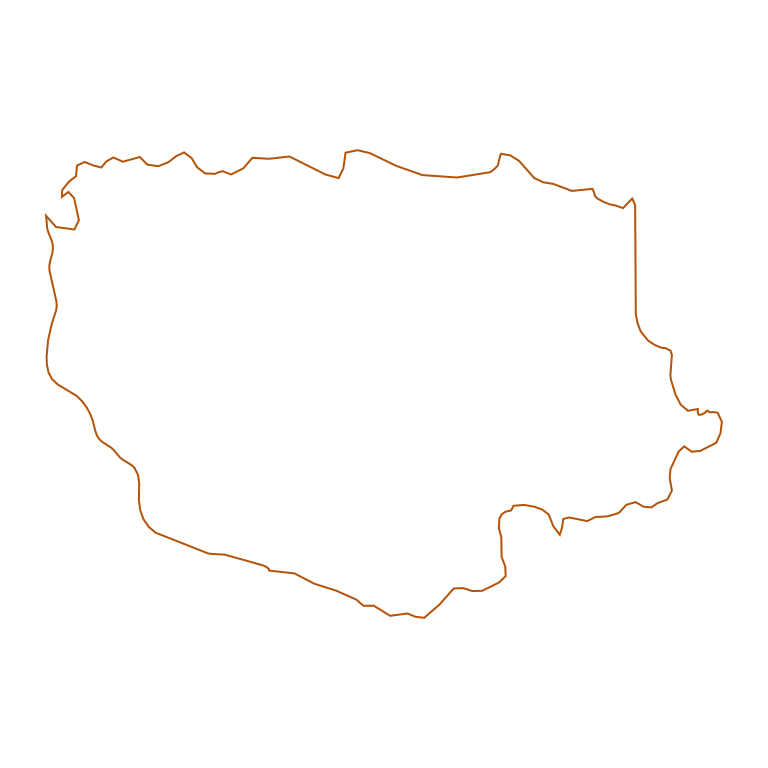 Savannakhét, Robinson projection
{"feature_id": "LAO-3282", "entity_name": "Savannakhét", "entity_type": "Province", "adm_level": 1, "iso_a3": "LAO", "parent_name": "Laos", "parent_adm1": "", "projection": "robinson", "projection_center": [105.728, 16.499], "detail": "fine", "context": "isolated", "style": "outline", "palette": "amber", "viewbox_px": 768, "rotation_deg": 0, "n_neighbors": 0, "source": "natural_earth", "source_scale": "10m", "svg_char_len": 2461}
<svg xmlns="http://www.w3.org/2000/svg" viewBox="0 0 768 768"><path d="M49.8,262.9L50.0,261.8L52.3,253.2L52.9,248.9L52.7,244.3L51.5,240.2L48.3,232.3L47.2,228.2L46.1,215.8L56.0,227.0L74.4,229.5L78.9,220.1L74.1,198.1L68.4,191.9L61.9,196.9L62.2,190.1L69.1,181.5L76.0,176.2L77.1,165.5L84.7,162.0L93.2,165.4L101.2,167.5L106.5,161.3L113.4,157.5L122.8,161.7L139.9,157.0L147.2,164.6L158.3,166.2L168.4,162.2L176.1,156.2L184.1,152.4L191.6,158.1L197.1,167.2L205.0,173.4L214.8,173.9L218.7,172.2L222.7,171.2L231.0,174.5L243.3,168.4L252.4,157.8L269.1,158.8L289.4,156.5L325.4,174.5L338.6,178.1L343.4,168.3L345.5,152.7L357.4,150.2L369.9,153.1L396.1,165.8L422.5,175.1L457.1,177.5L490.2,172.2L494.3,169.1L497.9,165.5L499.1,159.6L500.9,153.8L510.1,155.3L519.0,160.8L534.1,177.9L543.2,182.3L553.2,183.9L571.8,190.9L592.4,188.9L592.5,188.9L594.0,192.4L594.9,196.0L597.8,198.7L603.4,201.8L609.8,204.4L615.5,205.5L623.1,208.1L632.2,198.5L635.1,204.8L635.2,213.1L635.8,314.1L637.6,323.3L640.7,331.4L648.1,340.6L654.4,344.8L661.1,347.7L665.5,348.1L670.5,350.7L671.9,355.0L670.4,375.3L670.9,379.6L675.5,394.5L680.6,404.5L688.0,410.8L697.8,409.0L697.8,413.1L698.8,414.8L701.0,414.7L704.3,413.2L707.3,410.6L709.6,412.3L713.7,412.1L717.7,412.8L721.9,421.9L720.5,433.2L716.3,442.7L700.3,450.9L691.7,451.7L684.2,446.4L678.7,451.5L670.5,469.1L669.7,478.1L671.9,490.6L667.4,499.5L657.4,503.2L651.5,507.4L643.5,506.7L635.6,502.1L626.4,504.8L618.8,513.0L607.3,516.4L595.5,517.0L587.2,521.1L569.2,517.5L563.3,518.9L562.0,527.8L559.8,534.8L553.3,526.2L548.7,514.4L542.1,509.5L534.3,506.7L523.9,504.9L513.5,505.8L512.4,508.1L511.0,510.5L505.4,511.7L501.8,514.3L499.4,518.5L498.9,528.3L501.3,537.5L501.6,556.9L505.2,566.4L505.7,576.0L499.2,582.4L482.2,590.8L472.5,591.1L463.2,588.1L453.7,588.5L439.5,604.5L424.2,617.8L415.6,616.8L407.4,613.5L390.1,615.8L373.7,605.7L363.6,605.8L360.1,603.0L356.9,599.9L336.0,590.6L314.2,583.7L294.5,573.4L269.2,570.6L268.7,568.8L266.2,566.8L263.0,565.4L224.6,554.6L211.0,553.9L207.7,553.3L164.7,536.3L155.5,532.7L148.6,526.7L143.4,519.1L140.2,510.0L138.9,500.1L139.2,483.3L138.1,475.1L134.5,467.9L131.9,465.3L125.5,461.4L122.6,459.6L120.0,457.5L113.6,449.9L111.0,447.5L102.2,441.9L99.1,438.9L97.0,435.5L95.5,431.6L92.5,419.8L89.7,413.0L86.3,406.8L81.8,400.9L76.4,395.7L57.9,384.6L52.1,379.2L48.6,372.6L46.9,364.8L46.6,356.3L48.1,340.1L51.7,324.2L56.2,310.1L56.7,306.0L56.5,301.9L49.5,270.7L49.3,266.3L49.8,262.9Z" fill="none" stroke="#b45309" stroke-width="2"/></svg>